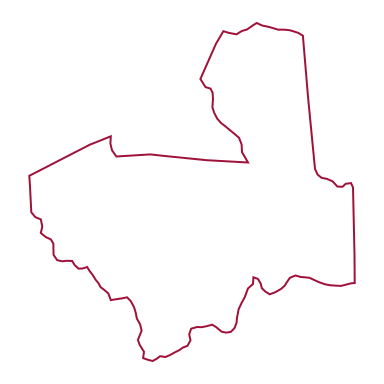 Umirim, Ceará, Brazil
{"feature_id": "56859067B7919726635924", "entity_name": "Umirim", "entity_type": "district", "adm_level": 2, "iso_a3": "BRA", "parent_name": "Brazil", "parent_adm1": "Ceará", "projection": "natural_earth1", "projection_center": [-39.389, -3.68], "detail": "fine", "context": "isolated", "style": "outline", "palette": "rose", "viewbox_px": 384, "rotation_deg": 0, "n_neighbors": 0, "source": "geoboundaries", "source_scale": "gbopen_adm2", "svg_char_len": 1890}
<svg xmlns="http://www.w3.org/2000/svg" viewBox="0 0 384 384"><path d="M143.1,358.1L147.6,359.7L152.6,361.0L156.8,358.7L160.1,356.2L165.4,357.0L169.7,355.2L174.2,352.7L179.4,350.1L182.8,347.6L187.5,345.8L190.5,340.3L189.2,334.4L191.1,328.7L197.0,327.0L201.7,327.2L206.6,326.2L212.2,324.7L216.3,327.2L221.6,331.7L226.2,332.6L230.8,331.9L234.5,328.1L236.5,323.0L237.0,317.8L238.6,309.3L241.6,302.9L244.8,297.1L248.0,288.4L253.0,284.0L253.4,277.3L257.9,278.9L260.7,283.5L261.8,288.1L265.0,291.3L269.7,294.3L275.3,292.2L281.1,288.9L284.5,285.9L286.9,282.1L289.9,277.8L295.5,275.5L300.7,277.0L304.9,277.3L309.5,277.8L313.6,279.7L318.8,282.1L324.7,284.2L329.6,285.2L335.2,285.6L341.0,285.9L345.9,284.7L350.7,283.4L354.7,283.0L354.5,254.4L353.0,187.4L351.0,183.1L345.7,183.8L342.5,186.8L337.3,186.5L332.6,181.3L326.8,178.8L321.7,177.9L317.6,174.6L315.0,168.9L308.1,97.8L302.9,35.7L298.3,32.9L294.0,31.5L289.6,30.2L284.8,29.7L278.1,29.7L272.7,28.0L268.4,26.8L262.4,25.6L256.6,23.0L252.1,25.9L247.0,29.5L241.8,31.0L236.5,34.3L228.8,32.9L223.4,31.2L216.0,43.7L200.4,79.0L205.5,87.1L210.5,88.6L212.6,92.7L213.0,99.0L212.4,107.3L214.3,113.0L217.1,118.5L221.0,123.0L225.5,126.4L229.6,129.9L234.5,133.9L239.0,137.8L241.6,144.4L242.0,152.2L245.1,157.4L248.0,162.5L206.6,160.2L164.9,156.0L150.4,154.4L116.4,156.5L112.0,150.3L110.4,143.5L110.8,136.3L89.6,144.8L29.3,175.8L30.0,186.3L30.4,194.5L31.3,212.3L35.3,217.1L40.8,219.4L42.3,226.6L40.8,233.0L45.7,237.0L50.8,239.4L53.4,243.7L53.4,248.6L53.6,254.9L57.1,260.1L62.2,261.3L66.7,260.8L72.2,261.0L74.6,265.0L78.5,268.6L82.6,268.5L87.1,267.0L89.6,271.0L92.7,275.0L95.6,279.7L98.5,283.2L100.6,287.2L104.0,289.7L108.3,293.4L110.8,300.1L116.9,299.1L121.9,298.4L127.0,297.3L130.7,301.0L134.1,307.3L135.8,313.0L136.8,318.5L140.1,324.3L141.6,330.8L139.6,335.7L137.9,339.9L139.7,344.9L144.0,351.8L143.1,358.1Z" fill="none" stroke="#9f1239" stroke-width="2"/></svg>